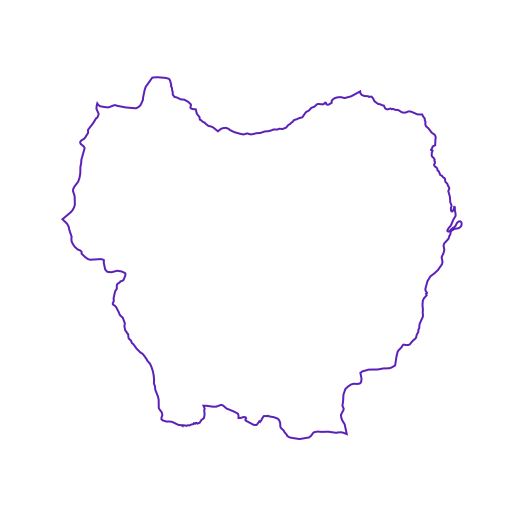 Mutiscua, Norte de Santander, Colombia (Albers equal-area conic projection), rotated 10°
{"feature_id": "7082276B67639044969087", "entity_name": "Mutiscua", "entity_type": "district", "adm_level": 2, "iso_a3": "COL", "parent_name": "Colombia", "parent_adm1": "Norte de Santander", "projection": "albers", "projection_center": [-72.759, 7.314], "detail": "fine", "context": "isolated", "style": "outline", "palette": "violet", "viewbox_px": 512, "rotation_deg": 10, "n_neighbors": 0, "source": "geoboundaries", "source_scale": "gbopen_adm2", "svg_char_len": 6042}
<svg xmlns="http://www.w3.org/2000/svg" viewBox="0 0 512 512"><g transform="rotate(10 256 256)"><path d="M440.6,231.8L440.7,229.3L439.0,225.0L440.2,220.4L440.4,217.3L438.9,213.2L439.0,211.7L439.4,210.6L442.6,205.6L442.9,202.9L443.6,200.9L443.6,198.3L444.1,197.2L446.9,194.8L450.3,193.6L451.4,192.9L452.4,191.7L453.0,190.2L452.9,188.4L452.3,187.1L451.5,186.6L451.0,186.4L449.5,186.9L448.2,188.5L447.2,191.8L446.2,193.2L443.9,195.4L442.4,197.8L441.6,198.5L440.4,198.4L440.0,197.8L440.0,197.4L440.9,194.9L442.6,192.2L443.9,186.4L445.6,181.7L445.1,179.5L443.9,176.3L443.4,173.7L443.1,173.2L442.7,173.2L442.6,175.5L442.0,177.5L441.3,178.2L440.8,178.1L440.0,176.9L439.6,174.8L439.9,173.0L439.6,171.9L438.0,169.4L436.7,164.1L434.1,158.7L434.6,156.5L434.3,155.0L432.9,153.5L431.9,151.7L429.6,150.0L428.6,147.0L427.9,146.5L426.6,146.1L425.5,144.9L423.4,144.2L421.3,140.9L420.0,140.3L419.2,138.3L418.3,137.5L416.7,136.8L415.6,135.6L415.6,134.5L416.0,133.7L416.0,132.5L415.1,131.1L415.2,130.1L413.8,128.5L412.3,127.6L411.6,126.6L411.2,123.8L411.6,121.7L410.9,121.3L410.1,121.3L409.9,120.9L410.6,119.7L411.0,117.4L413.2,115.8L412.4,109.4L412.5,108.3L411.6,106.4L410.8,105.5L407.7,104.1L403.6,100.3L400.9,98.7L399.9,97.0L399.5,94.2L398.5,92.7L398.4,91.4L396.4,89.6L395.1,87.8L390.4,88.5L384.1,87.0L382.1,86.9L380.7,87.3L378.4,88.8L376.0,89.2L374.6,89.1L370.5,87.5L368.0,87.9L366.3,87.5L365.3,87.4L364.2,87.9L363.3,87.5L362.6,87.5L360.1,88.8L358.7,88.7L357.5,88.1L355.8,85.7L354.0,85.6L352.0,85.0L350.0,85.1L346.8,83.6L345.4,82.6L344.3,80.9L342.3,79.1L341.6,79.0L339.7,79.7L338.8,79.2L334.8,79.6L332.1,79.0L330.4,77.4L330.0,75.8L322.0,82.2L320.1,83.1L315.8,85.1L311.9,84.8L308.4,85.7L305.9,87.0L304.2,88.8L303.6,90.1L303.9,92.0L301.4,94.2L300.0,94.6L299.0,94.4L298.2,93.0L297.8,92.9L297.4,93.0L296.4,94.5L295.3,95.1L291.2,95.4L289.7,96.0L287.7,98.7L284.8,100.5L283.3,102.9L282.2,104.2L280.7,105.1L279.7,106.6L277.5,111.4L274.2,112.9L272.8,114.0L269.8,115.6L268.8,117.5L267.6,118.6L267.1,119.6L264.9,121.6L263.4,124.3L260.2,126.3L257.0,126.6L254.9,127.8L251.4,128.3L249.2,129.7L246.6,130.9L242.8,131.9L238.9,134.1L235.1,135.0L230.8,136.9L229.3,137.2L226.1,136.8L222.5,138.5L219.0,138.4L213.1,137.8L208.2,136.4L207.1,135.6L204.3,135.0L201.5,135.7L199.4,136.9L196.9,139.8L191.2,136.7L188.7,136.2L186.6,136.2L182.9,134.2L182.4,133.6L180.3,133.1L178.3,131.8L177.0,131.4L176.2,129.0L173.1,126.3L171.2,122.0L168.4,122.3L166.4,122.0L165.7,121.4L165.6,120.1L165.8,118.8L165.5,118.0L162.4,115.9L158.2,114.5L154.7,114.8L150.4,113.6L148.1,113.5L146.0,111.5L145.5,108.9L144.6,107.2L144.0,105.0L142.7,103.3L142.8,102.1L140.7,97.8L139.4,96.6L136.1,96.3L128.4,97.0L124.2,97.9L122.8,98.5L118.0,108.6L117.5,111.9L117.3,119.5L117.5,122.0L116.5,126.0L115.8,128.0L114.3,129.8L112.2,131.4L102.2,132.3L93.3,132.2L91.3,131.9L90.0,132.2L84.9,135.3L81.4,135.6L76.5,135.6L74.4,134.6L73.2,133.3L73.0,135.5L73.3,138.8L76.3,143.2L76.3,144.8L75.6,147.4L74.6,148.2L72.5,153.6L68.8,160.6L68.8,161.9L69.3,163.8L67.1,169.2L65.9,170.9L64.0,172.4L63.1,174.1L63.2,174.9L63.9,176.1L67.5,178.1L68.5,179.6L67.3,191.7L67.7,194.7L67.6,198.9L68.6,205.1L68.6,209.8L67.9,213.9L65.2,219.0L64.4,221.5L64.4,223.6L67.0,228.6L68.7,236.8L68.4,239.6L67.4,242.7L66.0,245.0L59.0,253.4L64.2,256.9L66.4,259.6L67.4,262.3L71.1,269.1L71.2,271.1L71.8,273.4L72.6,274.8L74.6,277.1L76.0,278.5L79.4,280.6L81.4,280.9L83.2,281.8L83.8,283.1L83.8,284.0L87.9,286.7L90.7,288.1L93.2,288.5L103.7,286.0L105.7,286.1L106.9,286.5L107.4,289.5L109.8,295.4L111.9,297.2L113.6,297.4L116.7,297.0L121.9,294.6L126.5,294.6L129.8,295.5L130.5,296.1L130.7,298.0L129.7,302.6L128.4,303.9L126.9,304.5L126.4,305.7L124.4,307.5L124.0,308.8L124.6,312.5L123.6,314.6L123.3,316.7L123.1,322.4L123.8,325.0L123.2,327.0L123.3,328.2L123.9,328.8L125.4,329.4L126.9,330.4L130.4,334.9L131.9,337.3L132.7,338.2L135.5,339.9L138.3,344.6L138.6,345.7L138.6,348.1L139.9,351.3L140.3,352.2L141.7,353.2L142.2,354.2L143.6,355.1L144.7,358.8L145.2,359.5L147.4,360.9L149.1,363.4L150.6,364.2L154.3,367.8L158.6,370.9L161.1,372.0L162.5,373.0L166.2,376.6L167.1,377.9L170.4,380.6L172.6,383.9L174.6,387.7L176.0,391.5L177.1,395.5L177.6,399.2L179.0,401.7L180.1,405.3L183.8,411.4L185.1,414.4L186.6,422.4L187.4,423.6L190.2,426.2L191.1,428.0L191.4,429.0L191.0,431.4L191.2,433.2L192.8,434.1L196.8,434.6L198.7,434.1L202.1,433.9L208.9,435.8L211.9,435.6L213.4,436.2L213.5,435.3L216.1,435.2L216.9,435.4L217.4,434.9L218.4,434.5L219.7,434.5L221.4,433.3L223.6,432.4L223.9,431.4L225.5,431.6L225.8,430.9L226.6,430.7L227.5,431.2L229.5,430.0L230.7,427.0L232.9,424.7L232.9,421.1L231.8,416.9L231.9,415.1L230.3,412.6L233.2,412.1L239.7,411.9L243.0,411.3L247.2,408.8L248.7,408.7L250.1,409.3L253.4,411.3L260.8,412.9L265.0,414.2L265.8,414.7L266.5,416.4L266.9,418.6L269.1,418.1L271.8,416.7L273.8,416.7L274.5,417.7L274.0,418.8L274.0,419.4L274.5,419.9L283.0,422.7L285.5,422.4L286.2,421.9L288.0,418.2L288.8,418.7L289.8,416.7L290.4,414.6L291.4,412.4L293.1,411.9L295.0,411.8L295.5,411.3L297.7,411.7L301.1,411.6L305.7,412.4L307.4,413.8L308.8,416.2L309.6,419.8L310.4,421.0L313.7,423.2L314.2,424.1L317.4,426.8L318.0,427.8L320.2,428.7L322.7,428.9L330.7,428.7L339.7,425.5L341.4,423.6L343.0,420.3L343.7,419.5L347.1,418.2L351.4,417.8L357.6,416.5L365.8,416.2L367.1,415.6L370.3,414.8L372.6,414.9L376.3,415.6L372.5,406.3L369.4,402.8L368.2,400.7L367.3,398.1L367.5,396.7L368.8,392.8L368.9,391.2L367.1,388.4L367.0,384.1L366.2,377.3L367.1,371.5L369.2,368.7L371.7,366.2L374.2,364.9L378.1,364.4L380.3,363.6L381.4,362.1L381.3,358.7L379.1,353.0L380.9,351.1L386.8,348.3L395.7,346.6L400.7,344.7L406.8,343.4L409.0,342.2L412.0,339.6L411.8,331.2L412.1,325.8L412.7,324.3L415.1,320.7L416.0,318.4L416.5,317.7L419.8,317.6L421.4,317.2L422.7,316.5L424.4,313.4L426.1,310.9L427.0,310.1L427.8,308.6L428.0,305.5L429.0,302.6L428.7,300.5L429.3,298.7L429.0,296.7L429.0,294.1L430.8,287.1L430.8,285.8L429.9,282.3L429.8,280.4L428.5,275.4L428.1,271.9L428.1,270.7L428.7,268.6L430.9,265.0L430.0,263.6L430.8,262.6L429.1,260.8L428.5,259.2L429.2,251.1L431.3,245.7L434.3,242.6L437.6,238.3L440.6,231.8Z" fill="none" stroke="#5b21b6" stroke-width="2"/></g></svg>